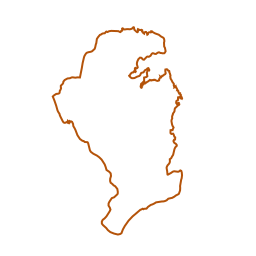 the district of Tanga Urban, Tanga, United Republic of Tanzania, rotated 342°
{"feature_id": "72390352B10610893489740", "entity_name": "Tanga Urban", "entity_type": "district", "adm_level": 2, "iso_a3": "TZA", "parent_name": "United Republic of Tanzania", "parent_adm1": "Tanga", "projection": "robinson", "projection_center": [39.063, -5.126], "detail": "fine", "context": "isolated", "style": "outline", "palette": "amber", "viewbox_px": 256, "rotation_deg": 342, "n_neighbors": 0, "source": "geoboundaries", "source_scale": "gbopen_adm2", "svg_char_len": 5768}
<svg xmlns="http://www.w3.org/2000/svg" viewBox="0 0 256 256"><g transform="rotate(342 128 128)"><path d="M66.2,74.8L66.5,79.0L66.6,84.5L66.4,89.6L66.7,91.6L67.2,93.2L67.1,94.9L67.3,96.6L68.0,101.3L68.4,102.7L69.0,103.3L69.6,103.6L70.6,103.6L71.2,103.4L71.6,103.4L72.3,104.3L72.7,103.9L72.6,103.4L73.0,102.6L73.7,103.6L73.2,104.1L73.2,104.6L73.5,105.2L74.2,104.8L74.2,103.9L74.7,103.4L75.3,104.1L75.9,104.1L76.7,104.9L77.0,107.1L76.6,109.4L77.1,111.5L77.4,113.5L77.7,119.3L78.9,123.6L80.7,126.1L81.8,126.7L82.5,127.9L85.1,129.0L85.4,130.1L84.9,137.5L85.3,139.2L87.1,141.8L89.9,144.6L91.5,146.8L93.1,149.8L93.6,151.6L94.6,155.5L94.7,158.4L94.6,161.3L96.6,163.8L97.5,165.8L97.0,168.4L95.4,170.7L94.6,172.9L94.6,174.7L95.8,176.4L96.6,178.1L97.8,179.4L99.0,182.6L98.6,185.4L98.1,186.9L97.5,187.7L93.4,189.6L90.9,189.7L87.5,192.4L86.2,193.8L85.5,195.8L86.1,198.2L86.1,200.2L84.9,201.5L80.2,205.4L77.7,206.8L75.6,207.5L74.2,208.9L73.6,210.9L74.2,212.6L76.4,216.4L77.3,218.9L79.0,221.5L82.1,224.1L85.5,226.2L87.9,226.4L89.3,226.0L91.8,222.9L94.7,220.2L99.9,216.3L105.0,213.5L114.5,209.6L115.6,209.6L116.9,209.3L117.6,210.0L118.2,209.8L120.7,210.4L122.6,209.2L125.9,208.2L127.7,208.2L129.8,207.9L131.7,207.4L137.3,208.3L139.2,208.8L140.5,208.9L142.4,208.7L144.5,207.7L148.9,208.1L149.8,207.7L150.7,207.7L152.5,207.0L155.0,206.6L155.8,206.4L156.2,206.1L158.2,203.5L159.1,201.2L159.6,199.3L162.6,193.6L163.5,192.4L164.8,189.6L165.4,186.9L165.4,185.2L164.6,184.5L163.5,185.0L162.1,185.1L158.5,183.4L157.0,183.4L155.2,184.0L151.5,184.7L151.2,184.4L151.9,181.2L152.3,178.3L152.6,177.3L154.0,175.8L156.1,174.6L157.0,173.7L157.5,172.8L158.1,170.6L159.7,170.1L161.1,168.7L162.6,167.5L165.7,162.4L167.0,161.0L168.9,160.0L169.1,159.2L168.6,157.8L167.5,156.5L167.2,155.3L167.2,154.4L168.2,153.4L168.7,153.6L169.2,153.5L170.0,151.5L169.4,150.6L169.4,148.2L169.1,147.3L167.5,147.1L166.9,146.3L167.0,145.4L167.8,143.2L168.5,143.3L169.7,143.8L170.2,143.1L171.5,141.6L171.0,139.6L171.0,138.2L171.4,135.1L171.8,134.0L173.1,132.4L173.3,131.1L174.2,129.6L174.8,129.2L174.9,128.7L175.3,128.1L176.7,127.1L177.4,126.4L178.3,124.4L178.9,123.7L183.1,121.7L183.8,121.7L184.1,121.3L183.7,120.8L184.1,119.8L184.0,119.7L181.9,120.2L181.6,119.2L181.9,119.1L182.0,118.6L181.9,118.3L182.0,117.9L182.5,117.2L184.1,116.9L185.1,114.3L186.6,114.5L186.8,115.2L187.1,114.8L187.3,115.3L188.0,115.5L188.1,116.5L188.3,116.8L188.5,116.6L188.4,116.4L188.6,115.8L188.2,113.1L187.5,112.6L188.1,112.8L188.0,112.1L188.3,112.1L188.2,111.8L187.5,111.2L187.8,110.9L187.5,110.8L187.1,109.9L187.2,108.8L187.0,108.3L187.2,108.1L186.9,107.4L186.6,107.3L186.8,107.1L186.6,105.2L186.3,104.7L186.3,104.4L186.4,104.0L186.1,103.5L186.2,102.9L185.9,103.0L185.4,103.7L184.7,103.7L185.0,103.3L184.7,102.7L184.7,101.4L184.9,101.0L184.9,101.8L185.0,100.8L185.2,100.2L185.2,99.3L185.7,99.1L185.1,99.2L184.6,98.6L184.1,95.4L183.8,94.4L183.8,93.4L184.1,92.8L184.1,91.9L184.7,91.0L184.6,90.1L184.7,89.2L184.5,87.8L184.7,87.4L184.8,86.5L183.9,85.8L183.6,84.7L183.1,84.1L182.4,84.2L181.7,83.9L181.4,84.3L180.9,86.1L180.8,87.5L180.0,88.3L178.9,88.4L178.2,88.8L177.7,88.8L177.1,89.2L176.6,89.3L176.4,89.1L175.0,90.1L174.8,89.9L175.0,89.7L174.8,89.4L174.8,89.7L174.5,89.7L172.8,91.1L172.5,91.6L172.6,91.8L172.3,92.3L170.8,92.4L169.6,91.7L168.4,90.4L167.9,90.5L167.3,90.1L166.5,90.2L166.4,89.9L166.4,90.1L165.5,89.8L164.7,90.0L164.4,89.8L164.3,89.5L163.7,89.0L161.9,89.8L160.0,90.2L159.5,90.5L159.1,90.2L158.0,90.2L157.9,90.6L158.0,90.8L157.9,90.9L157.3,90.6L157.4,90.2L156.3,90.7L156.3,91.0L155.7,91.1L155.5,90.8L155.1,90.8L154.0,91.6L154.3,91.8L153.9,91.9L153.7,92.6L153.8,92.8L153.6,92.8L153.8,93.1L153.5,93.2L153.5,93.8L153.4,93.9L153.1,93.9L152.8,93.3L152.9,92.3L154.2,90.0L155.4,89.6L157.9,88.2L158.9,85.0L161.4,85.2L162.5,84.6L162.5,83.7L162.9,82.3L163.0,81.1L164.6,79.5L165.2,79.4L165.9,79.8L166.2,79.4L165.9,77.4L165.0,77.3L163.7,78.1L162.4,78.2L161.5,78.6L160.7,79.4L159.5,79.9L158.6,79.7L157.3,79.9L155.9,81.5L154.8,82.0L152.5,82.0L149.6,82.5L147.8,82.1L146.9,81.7L146.2,80.8L145.3,79.1L145.3,78.6L146.0,78.5L146.8,77.6L148.5,76.6L149.4,76.6L149.9,76.8L151.0,76.0L152.2,77.1L152.6,76.9L152.9,76.6L152.6,75.5L152.6,74.5L152.9,73.6L153.4,73.1L153.7,73.1L154.3,74.0L155.4,73.8L156.0,73.3L156.1,70.3L156.5,69.1L157.4,67.6L159.2,65.7L161.2,64.8L162.3,65.3L162.8,66.0L163.1,67.1L163.7,67.7L164.3,68.0L167.9,66.1L168.7,66.1L169.8,66.7L171.7,66.3L173.5,64.8L174.4,64.5L175.2,64.8L176.4,65.8L177.5,66.2L178.7,65.8L180.2,65.5L181.2,65.8L182.0,66.7L183.1,67.1L184.1,67.7L185.6,68.1L186.5,67.6L187.5,66.6L187.9,63.2L187.6,61.7L188.6,58.0L189.3,56.9L189.7,55.6L189.8,54.0L189.5,53.1L187.7,51.2L186.1,48.8L183.0,46.4L181.2,44.5L180.6,43.4L180.0,43.2L179.8,44.1L179.1,44.1L178.5,43.7L177.4,43.5L176.3,44.0L175.9,45.0L175.2,45.2L175.3,43.6L174.9,42.3L174.1,42.0L172.9,42.4L172.5,43.2L171.9,42.5L171.7,40.8L171.3,40.8L171.2,40.5L171.6,39.8L171.7,39.3L171.0,38.7L170.2,38.7L169.5,38.5L168.0,37.0L167.8,37.2L167.8,37.7L167.5,38.9L166.8,39.8L166.4,39.8L165.9,39.2L164.4,36.4L164.7,34.5L164.7,34.1L164.5,33.9L164.0,33.9L162.3,34.8L160.3,34.7L158.4,33.9L156.9,33.5L155.4,33.3L154.7,33.0L153.8,31.6L153.5,31.5L153.0,31.8L152.7,33.4L152.3,33.7L151.5,33.6L150.6,34.4L150.2,34.4L148.7,32.9L142.2,30.5L140.0,30.1L138.2,30.4L137.2,29.6L136.8,29.7L135.2,30.7L133.4,30.3L132.2,30.4L131.7,30.7L130.0,30.8L127.5,32.4L125.9,33.7L124.0,37.6L123.3,38.4L121.8,41.0L120.8,42.4L117.6,43.9L116.2,44.0L113.8,43.7L112.2,43.7L111.0,44.2L109.0,45.9L108.1,47.0L105.0,52.1L102.5,56.9L97.9,65.1L95.5,64.2L93.5,63.9L91.0,62.7L90.0,62.5L88.1,62.7L85.8,62.2L82.6,62.8L80.9,63.9L80.3,65.1L79.6,65.8L77.2,67.0L76.7,68.4L76.7,69.3L76.5,69.7L75.5,70.9L74.7,71.5L73.9,73.2L73.5,73.6L72.9,73.8L72.0,73.8L70.3,73.4L67.7,74.1L66.2,74.8Z" fill="none" stroke="#b45309" stroke-width="2"/></g></svg>